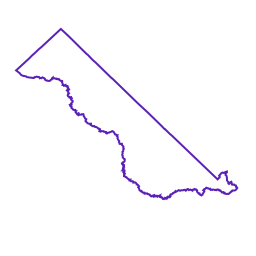 outline of Poptún, Petén, Guatemala, rotated 224°
{"feature_id": "79465075B98225728966625", "entity_name": "Poptún", "entity_type": "district", "adm_level": 2, "iso_a3": "GTM", "parent_name": "Guatemala", "parent_adm1": "Petén", "projection": "robinson", "projection_center": [-89.691, 16.335], "detail": "fine", "context": "isolated", "style": "outline", "palette": "violet", "viewbox_px": 256, "rotation_deg": 224, "n_neighbors": 0, "source": "geoboundaries", "source_scale": "gbopen_adm2", "svg_char_len": 5768}
<svg xmlns="http://www.w3.org/2000/svg" viewBox="0 0 256 256"><g transform="rotate(224 128 128)"><path d="M106.7,98.0L106.7,98.3L106.2,98.6L105.3,98.2L105.0,98.5L104.5,98.0L104.6,97.7L104.1,97.4L104.5,97.1L103.8,96.7L103.8,96.1L103.0,95.9L103.0,95.5L103.5,95.4L103.2,94.9L102.6,95.4L102.4,95.3L102.4,94.1L101.8,94.8L101.6,94.8L101.4,94.5L101.7,94.0L101.2,93.6L101.0,94.0L100.8,93.5L100.6,93.7L100.6,93.0L99.7,92.7L99.3,93.2L98.6,93.1L98.4,92.6L98.7,92.0L97.4,90.6L96.9,91.1L95.6,91.0L95.3,91.4L94.7,91.5L93.1,91.3L92.1,91.8L90.8,91.3L90.3,92.5L89.7,91.8L89.2,91.6L87.6,92.9L86.9,93.0L86.3,92.4L86.1,92.6L86.4,93.2L85.4,93.3L85.0,93.8L84.2,94.0L83.2,93.9L82.6,93.4L82.1,93.8L81.4,93.7L80.9,94.0L80.0,93.6L79.6,93.7L79.5,92.4L79.1,92.4L78.9,92.6L76.4,91.2L75.0,91.5L74.9,92.0L74.1,92.1L73.9,91.6L72.4,91.9L71.9,92.1L71.7,92.7L71.4,92.8L71.3,92.3L70.5,92.2L68.9,94.2L68.1,94.0L67.4,94.7L67.0,94.6L66.0,95.2L65.3,94.8L64.7,95.1L64.3,94.9L63.7,95.0L63.2,96.5L62.6,96.4L62.8,97.2L62.6,98.0L62.1,98.0L61.4,97.0L60.9,97.7L61.3,98.0L61.2,98.3L60.5,98.7L60.3,99.2L59.2,99.0L59.2,99.9L58.7,100.4L58.4,101.2L58.3,100.7L57.7,100.5L57.4,101.3L57.2,101.4L56.8,100.7L56.6,100.7L55.8,101.6L55.4,101.3L54.5,101.6L53.6,101.2L53.4,101.4L53.5,101.8L52.8,101.9L52.9,103.5L52.6,103.6L52.2,103.1L51.4,103.5L51.5,104.0L52.1,103.7L51.9,104.5L51.0,104.8L51.2,105.2L51.5,105.0L51.7,105.3L51.4,105.6L51.6,106.3L51.4,106.4L51.3,106.0L51.1,105.9L50.8,106.4L51.0,106.9L50.8,107.2L50.4,107.6L49.9,107.5L50.0,108.4L50.5,108.3L51.0,108.7L50.8,109.2L51.2,109.9L50.4,110.8L50.5,111.9L50.1,112.4L50.4,112.8L49.7,114.0L50.0,115.5L49.6,115.5L49.4,114.9L49.3,115.0L48.3,118.6L47.1,118.9L46.7,119.4L46.5,120.2L45.2,121.3L44.7,122.4L44.1,123.1L43.6,122.9L42.9,123.0L42.7,123.8L42.9,124.4L42.9,125.0L42.6,125.6L42.1,125.9L41.1,125.6L40.4,127.0L39.4,127.2L38.7,128.4L38.4,128.5L38.1,128.2L37.9,130.3L37.7,130.4L37.0,130.3L36.7,130.9L36.4,131.1L35.7,130.9L35.3,131.2L34.8,131.1L34.4,130.4L33.5,130.0L32.1,130.1L31.5,129.8L31.1,130.1L31.4,130.5L31.2,130.7L29.6,130.1L28.3,130.6L28.4,131.0L28.1,131.9L28.5,132.3L29.0,135.4L29.3,135.7L30.6,135.5L30.5,136.5L30.7,137.2L30.2,137.7L30.1,138.7L30.3,139.2L30.1,139.6L28.8,139.9L28.5,140.3L27.7,140.4L27.4,140.8L26.6,140.9L26.5,141.4L25.8,141.2L25.7,140.9L25.4,140.9L24.9,141.8L24.3,142.1L24.2,142.7L23.1,143.5L22.3,143.7L22.0,144.4L21.3,144.6L21.3,145.4L20.8,146.1L20.3,146.0L19.7,146.7L19.0,146.6L18.2,147.3L17.8,147.1L17.9,146.8L17.0,147.1L15.6,146.9L15.0,148.1L14.4,148.2L13.9,147.7L13.3,147.8L13.2,148.5L12.5,148.3L11.0,149.2L10.2,150.4L9.8,150.5L9.6,152.6L9.8,153.4L9.3,154.0L9.3,154.8L9.6,155.1L9.5,155.6L8.5,156.4L7.7,157.5L7.5,158.7L7.7,160.7L8.5,160.7L8.8,161.0L9.4,160.7L10.4,161.6L11.6,160.9L12.6,161.0L13.5,159.7L14.1,159.5L15.9,161.0L16.4,161.1L16.6,160.5L16.5,157.9L17.2,157.8L17.7,158.8L18.9,158.7L20.5,159.2L22.6,161.2L23.9,162.0L24.5,162.1L25.3,162.0L26.1,163.3L26.0,164.7L26.6,165.4L26.9,165.0L26.9,164.4L27.4,164.0L27.6,162.5L28.1,162.0L28.9,161.8L29.5,160.5L29.5,159.4L29.3,159.0L29.4,157.1L29.2,156.9L28.4,156.9L27.8,156.2L27.7,155.8L28.0,154.5L27.8,153.9L27.8,153.3L91.8,153.0L93.6,152.8L100.6,152.9L100.8,152.6L104.9,152.8L124.3,152.9L137.8,152.6L173.8,152.7L174.1,152.5L197.2,152.6L200.8,152.4L207.7,152.7L209.9,152.5L233.9,152.8L245.1,152.6L246.5,126.4L246.9,122.6L247.1,117.2L247.4,113.6L247.4,109.8L248.5,91.7L243.8,92.2L242.0,91.9L240.1,92.4L237.2,94.3L236.0,94.4L230.7,98.3L230.4,98.6L230.6,99.6L229.9,100.3L229.7,101.1L229.4,101.5L228.6,101.8L227.6,102.8L226.7,102.9L226.0,102.5L225.2,103.7L224.8,103.8L224.7,105.0L222.6,105.7L222.0,105.7L221.6,105.2L220.5,105.1L219.9,105.5L219.3,105.7L219.1,106.1L218.5,106.2L217.6,106.9L216.9,107.8L216.9,108.7L217.0,109.1L216.6,110.1L217.2,110.9L217.1,112.0L216.7,111.6L216.3,111.5L215.3,112.9L214.4,113.1L213.8,113.8L213.4,113.6L212.9,113.9L212.8,114.3L211.9,114.6L211.7,115.2L210.7,115.0L209.4,115.1L208.0,116.1L207.8,116.0L207.4,115.2L205.3,114.2L204.9,113.5L204.1,114.2L203.5,113.9L202.8,115.5L202.2,114.9L200.7,116.1L199.9,115.2L199.3,115.6L198.7,114.7L197.5,114.9L197.1,114.8L197.2,114.3L198.1,113.0L198.1,112.6L196.3,112.7L195.5,111.8L194.5,111.9L194.5,110.2L194.1,109.6L193.1,109.2L192.4,109.3L192.1,109.6L191.2,109.2L190.8,109.4L190.6,110.7L190.4,110.8L189.9,110.5L189.0,110.3L189.2,109.6L189.0,109.1L188.0,108.8L186.5,109.0L185.9,107.9L186.0,106.6L185.9,105.9L185.1,105.8L185.2,104.9L185.8,104.7L185.9,104.3L185.3,104.3L184.9,103.8L184.4,103.7L183.5,104.3L182.6,103.1L181.1,103.3L179.9,103.1L178.9,103.8L178.7,104.3L178.4,104.4L177.9,103.9L177.1,104.2L177.1,103.4L176.8,103.0L173.6,102.5L173.4,102.9L174.0,103.7L174.0,104.2L173.7,104.3L173.1,103.2L172.4,103.0L172.1,104.1L170.8,105.2L170.7,106.0L170.1,106.3L169.8,106.9L169.5,106.9L167.9,105.7L166.7,105.6L166.0,105.2L164.9,105.0L164.2,105.4L163.9,105.1L163.5,103.5L162.4,103.3L161.6,103.5L160.4,103.3L158.5,104.3L157.6,105.4L157.2,105.1L157.0,104.3L154.7,104.7L154.3,105.0L153.9,105.8L153.6,106.0L153.0,106.0L152.8,105.8L152.3,105.9L151.7,106.6L149.6,107.1L148.6,106.9L148.0,107.6L147.2,107.7L146.4,106.0L145.9,106.5L145.4,106.2L145.0,106.5L144.9,107.3L143.3,108.8L142.5,108.6L141.1,109.9L140.5,109.8L140.1,109.1L139.6,109.2L139.3,109.5L139.2,110.7L138.4,111.5L138.2,112.4L137.2,114.2L137.2,114.8L136.2,115.2L135.0,115.1L132.9,114.4L132.3,114.9L131.5,114.8L130.6,115.5L130.3,114.4L129.2,114.4L128.8,114.0L128.4,113.3L126.9,112.7L125.2,112.5L124.7,111.5L123.9,111.4L123.1,110.8L122.6,110.9L121.9,112.0L121.4,112.4L120.6,111.6L118.5,111.5L118.0,111.1L117.6,110.3L116.8,110.3L116.5,110.0L116.2,108.9L115.4,108.0L115.4,106.9L114.2,106.1L113.5,104.6L112.4,104.3L111.6,103.3L109.6,103.0L108.8,103.3L108.2,102.9L108.1,102.6L107.3,101.6L107.4,100.5L107.9,99.7L107.8,98.3L107.6,98.1L106.7,98.0Z" fill="none" stroke="#5b21b6" stroke-width="2"/></g></svg>